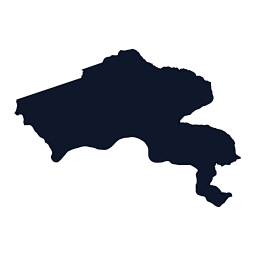 Solita, Caquetá, Colombia
{"feature_id": "7082276B92515443610451", "entity_name": "Solita", "entity_type": "district", "adm_level": 2, "iso_a3": "COL", "parent_name": "Colombia", "parent_adm1": "Caquetá", "projection": "orthographic", "projection_center": [-75.617, 0.89], "detail": "fine", "context": "isolated", "style": "filled", "palette": "ink", "viewbox_px": 256, "rotation_deg": 0, "n_neighbors": 0, "source": "geoboundaries", "source_scale": "gbopen_adm2", "svg_char_len": 5827}
<svg xmlns="http://www.w3.org/2000/svg" viewBox="0 0 256 256"><path d="M17.3,100.1L17.8,101.0L17.0,101.3L16.8,101.5L16.8,101.8L17.8,102.0L17.6,102.6L17.6,103.4L17.5,103.8L17.9,104.4L17.8,105.0L17.9,105.3L17.9,106.1L18.2,107.1L18.1,107.3L17.6,107.0L17.3,108.8L16.8,110.2L16.8,111.9L16.7,112.4L16.6,112.6L16.3,112.6L15.7,112.3L15.4,113.1L16.2,113.3L16.4,114.2L17.2,114.6L17.9,114.7L18.2,114.6L18.2,114.3L18.0,113.8L18.3,113.7L21.6,113.7L22.1,114.0L22.8,114.5L23.4,115.4L24.4,118.7L24.5,119.9L24.4,120.7L24.2,121.2L24.1,122.1L24.3,123.1L24.8,124.5L26.6,124.3L29.6,124.3L30.4,124.4L32.2,125.5L33.3,126.9L35.4,130.8L37.1,132.2L38.9,134.7L40.3,136.3L41.4,137.0L43.6,137.9L44.7,138.8L45.2,139.7L45.4,140.9L45.6,141.5L45.9,142.1L47.5,142.9L48.8,144.2L49.8,145.8L49.8,146.2L51.9,149.5L52.3,150.6L52.8,151.2L52.9,152.3L52.9,153.8L52.8,154.4L52.0,155.6L51.7,156.7L51.7,157.4L51.8,158.0L52.3,159.0L52.8,159.8L53.7,160.8L54.5,161.3L54.9,161.4L56.1,161.6L57.2,161.6L57.7,161.4L58.5,160.8L60.5,159.0L61.7,157.5L64.1,154.9L65.4,153.2L67.1,151.3L68.2,150.5L69.9,149.8L70.7,149.3L74.4,148.0L77.9,147.1L81.9,145.9L83.9,145.6L86.3,145.6L87.2,145.7L89.9,146.3L92.9,146.8L95.5,147.5L96.7,148.1L98.3,148.7L103.1,149.1L105.6,149.1L106.5,148.9L107.4,148.6L110.1,147.0L112.4,145.0L113.2,144.2L114.5,142.6L116.2,141.1L116.6,140.6L119.3,138.7L122.9,137.5L125.4,137.0L128.1,136.9L129.5,136.5L131.1,136.3L134.6,136.5L136.7,137.1L139.6,138.2L143.5,140.5L144.5,141.2L145.5,142.2L148.1,146.1L148.7,147.5L149.0,148.9L149.0,154.7L149.1,156.0L149.7,158.0L150.5,159.1L151.4,160.2L152.7,161.0L154.3,161.7L157.2,162.0L160.6,161.8L162.3,161.6L164.3,160.8L166.4,160.3L168.5,160.4L169.6,160.7L170.3,161.2L170.8,162.0L171.4,162.6L171.8,162.8L172.4,163.1L174.0,163.5L176.5,163.8L177.4,164.1L180.0,164.3L189.6,164.2L191.2,164.5L195.7,167.2L197.7,168.7L198.3,169.4L198.6,170.6L198.5,171.3L198.0,172.0L197.5,172.5L196.9,173.5L196.6,174.2L196.6,175.2L197.4,179.1L197.5,182.6L197.1,183.8L196.5,184.6L196.4,186.9L196.5,189.1L196.5,191.7L196.9,192.6L197.5,193.5L197.9,193.9L198.7,194.3L201.7,195.3L204.2,195.7L205.6,196.5L206.5,198.0L207.3,200.0L208.0,200.7L210.2,201.6L212.4,202.7L213.8,203.8L215.0,204.6L216.2,205.5L218.1,206.3L218.7,206.4L219.5,206.1L220.0,205.7L221.1,204.3L223.1,202.8L223.9,202.4L224.5,201.6L226.0,199.4L228.1,197.0L229.5,196.2L230.6,196.0L231.4,196.0L231.4,195.1L231.3,194.6L230.8,193.9L230.3,193.5L229.4,193.2L227.3,193.4L226.1,193.7L225.3,193.4L224.7,193.4L224.3,193.2L224.0,193.2L223.4,193.0L223.0,193.0L222.9,193.3L222.6,193.3L222.4,193.7L222.1,193.6L221.8,193.8L221.7,193.8L221.2,193.4L221.2,192.9L221.0,192.4L219.6,190.4L218.4,189.0L218.0,188.8L217.2,187.9L216.6,187.6L215.8,186.8L208.6,185.2L209.1,185.0L209.2,184.8L209.2,184.1L209.4,183.3L209.9,182.7L210.1,182.1L210.5,181.5L211.0,181.1L211.2,180.2L212.0,178.9L212.0,178.5L211.8,177.7L211.9,177.1L213.9,175.7L215.4,174.8L215.8,174.2L215.8,171.8L215.4,170.9L214.6,169.8L214.4,169.3L214.5,168.1L214.4,167.7L213.8,166.8L213.8,166.4L214.0,165.9L214.8,165.1L215.1,164.3L215.3,163.1L215.6,162.7L216.0,162.4L216.4,162.3L217.2,162.7L217.7,163.7L218.5,164.0L220.0,164.1L221.3,164.5L221.8,165.7L222.2,165.7L224.4,164.3L225.6,163.8L227.2,164.2L228.6,164.2L229.2,164.3L229.7,164.1L230.1,163.6L230.1,162.2L231.7,162.1L234.0,160.7L234.8,160.8L235.4,160.6L236.3,158.7L238.1,158.4L240.0,158.0L240.6,158.1L237.1,155.9L235.5,154.8L234.8,152.4L234.8,150.2L234.3,147.1L233.9,146.2L233.8,145.9L233.9,144.3L234.1,143.9L234.4,143.4L234.4,143.1L233.9,142.5L233.7,141.7L233.1,140.6L232.5,139.9L231.9,139.6L231.2,138.7L230.6,137.7L229.8,136.8L229.5,136.1L228.9,135.4L228.2,134.9L227.2,134.7L226.3,133.9L225.5,133.0L224.4,132.2L222.0,130.9L219.9,130.1L216.9,129.7L216.4,129.3L215.5,128.8L214.4,128.7L210.2,127.3L208.3,125.7L207.6,125.5L206.5,125.5L205.3,125.8L204.0,126.0L201.8,125.4L200.7,125.4L200.1,125.7L199.0,125.6L197.9,125.4L196.1,125.4L194.9,125.2L192.7,125.6L189.3,124.4L188.5,123.9L187.0,123.3L184.4,123.5L183.6,123.2L181.3,123.2L179.4,123.3L179.5,122.8L179.3,122.2L179.5,120.6L179.9,119.5L180.5,119.1L181.1,118.5L182.5,116.9L184.1,115.5L185.5,115.0L190.0,114.1L190.7,113.4L191.6,112.2L192.5,111.6L194.8,109.8L196.1,109.1L198.9,108.2L199.9,107.7L201.5,106.3L202.7,105.6L204.4,105.2L205.8,104.8L210.4,102.3L211.3,101.4L212.0,100.5L212.7,98.8L212.8,97.0L212.4,95.7L211.7,94.5L211.7,92.2L211.5,91.4L210.8,90.2L210.6,88.9L210.2,83.6L210.1,83.1L210.2,82.7L208.5,82.2L207.0,81.3L206.0,81.5L204.9,81.1L204.4,80.8L203.6,80.0L202.6,78.1L201.9,77.6L200.8,77.3L200.0,76.6L198.4,76.5L196.6,76.7L195.8,76.3L195.4,75.8L195.2,74.9L194.7,74.0L193.2,72.8L192.0,72.1L190.2,71.3L189.3,70.8L188.8,71.1L188.3,71.1L187.7,70.9L187.2,70.4L186.8,70.3L186.3,69.9L185.7,69.8L185.4,70.1L184.9,70.0L184.7,69.9L184.0,69.3L183.5,69.1L182.8,69.5L181.7,69.4L180.8,69.5L179.9,70.6L179.3,70.8L178.7,70.5L177.8,69.1L177.2,68.4L176.6,68.3L176.1,68.4L175.5,68.9L174.8,68.7L174.5,68.3L174.1,68.0L173.7,68.0L172.6,68.5L171.8,68.6L170.3,68.1L169.2,67.3L168.5,67.2L167.7,67.3L165.7,67.7L165.2,67.7L164.5,67.4L163.8,67.4L161.8,68.8L161.2,69.1L160.3,69.3L160.0,69.3L159.1,68.9L158.1,68.6L157.3,68.2L155.6,67.5L154.5,66.5L152.6,65.8L152.1,65.3L151.9,64.3L151.0,64.2L149.3,63.2L148.0,63.0L146.2,62.3L145.5,61.6L145.2,61.0L144.8,60.5L144.0,59.8L142.6,59.2L142.4,58.4L141.9,57.7L139.8,55.6L138.8,53.6L138.0,52.7L137.2,52.2L136.0,51.0L135.3,50.6L133.8,50.0L132.6,49.6L131.5,49.8L129.9,50.4L128.1,50.5L126.4,51.0L125.1,51.2L123.0,51.2L122.9,51.3L121.6,50.9L120.9,50.8L119.2,52.6L118.9,53.5L118.8,54.4L118.1,55.6L117.0,56.1L113.8,56.0L112.5,55.8L111.6,56.2L110.9,57.0L109.1,57.6L107.7,57.6L106.4,58.0L104.6,59.3L103.1,62.7L102.8,63.1L82.9,70.0L83.1,70.2L83.8,70.4L83.9,70.6L84.0,70.9L84.5,71.2L84.3,71.7L83.4,72.4L83.3,73.7L83.5,74.8L82.9,75.7L82.5,75.9L82.2,76.3L82.1,77.6L82.3,78.6L81.7,78.5L17.3,100.1Z" fill="#0f172a" stroke="#020617" stroke-width="1.5"/></svg>